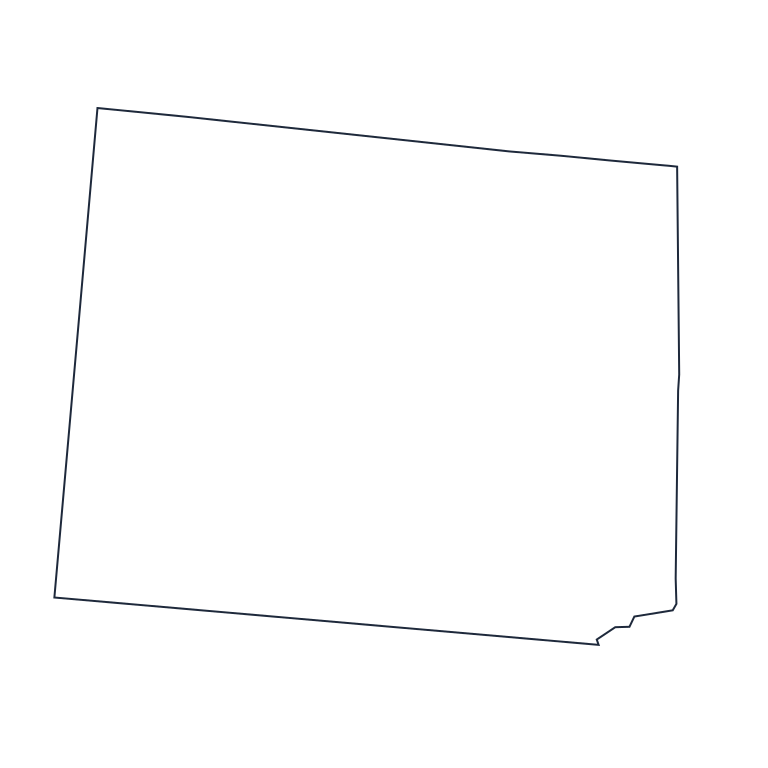 Tioga, Pennsylvania, United States of America, rotated 6°
{"feature_id": "52423323B23673127244942", "entity_name": "Tioga", "entity_type": "district", "adm_level": 2, "iso_a3": "USA", "parent_name": "United States of America", "parent_adm1": "Pennsylvania", "projection": "natural_earth1", "projection_center": [-77.118, 41.772], "detail": "fine", "context": "isolated", "style": "outline", "palette": "slate", "viewbox_px": 768, "rotation_deg": 6, "n_neighbors": 0, "source": "geoboundaries", "source_scale": "gbopen_adm2", "svg_char_len": 447}
<svg xmlns="http://www.w3.org/2000/svg" viewBox="0 0 768 768"><g transform="rotate(6 384 384)"><path d="M78.5,630.8L624.7,621.0L622.3,615.9L639.4,601.7L653.5,599.8L657.3,589.1L694.8,578.9L697.8,572.1L694.4,546.9L677.2,359.8L676.6,343.8L652.8,137.2L644.2,137.2L639.5,137.3L619.8,137.6L584.1,138.1L536.2,138.5L484.2,139.6L201.1,139.0L159.5,138.9L70.2,139.5L73.6,336.6L75.2,432.2L78.5,630.8Z" fill="none" stroke="#1e293b" stroke-width="2"/></g></svg>